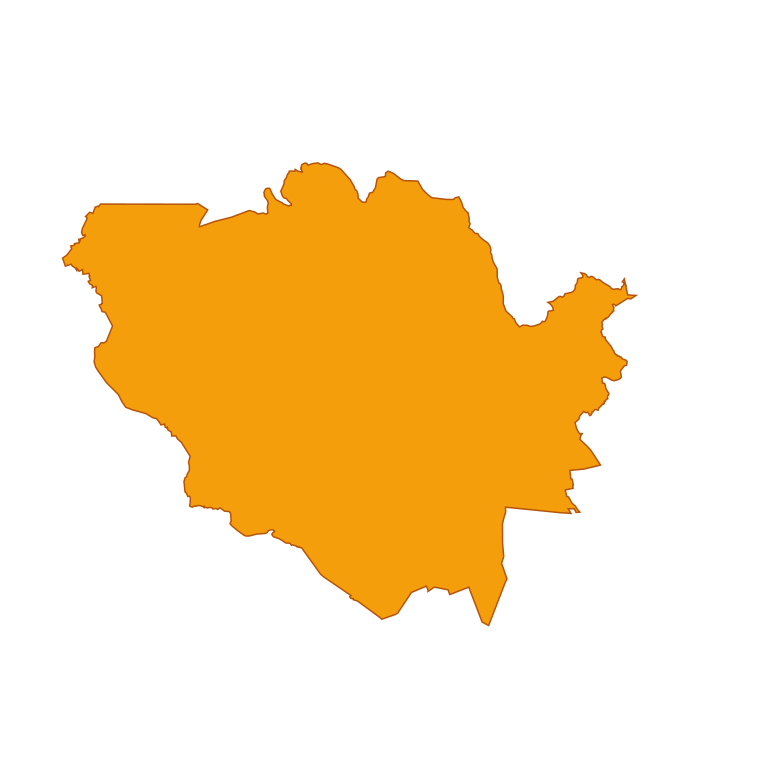 Zacoalco de Torres, Jalisco, Mexico (Robinson projection), rotated 161°
{"feature_id": "50627088B31834230260216", "entity_name": "Zacoalco de Torres", "entity_type": "district", "adm_level": 2, "iso_a3": "MEX", "parent_name": "Mexico", "parent_adm1": "Jalisco", "projection": "robinson", "projection_center": [-103.58, 20.244], "detail": "fine", "context": "isolated", "style": "filled", "palette": "amber", "viewbox_px": 768, "rotation_deg": 161, "n_neighbors": 0, "source": "geoboundaries", "source_scale": "gbopen_adm2", "svg_char_len": 6171}
<svg xmlns="http://www.w3.org/2000/svg" viewBox="0 0 768 768"><g transform="rotate(161 384 384)"><path d="M331.2,159.7L331.2,176.2L327.0,181.8L323.8,194.6L317.6,213.0L314.5,218.0L310.6,223.4L309.2,228.0L259.4,205.0L249.3,200.8L250.5,206.0L244.7,204.1L244.2,200.0L240.5,199.1L241.8,202.0L242.9,206.4L245.1,210.2L246.3,217.1L247.7,218.1L247.3,223.8L246.9,224.8L239.2,223.8L238.7,226.4L237.9,226.8L237.2,231.7L237.4,233.3L238.2,233.6L236.4,241.8L222.8,238.5L205.7,236.9L210.0,253.8L212.2,259.1L216.8,267.8L215.1,270.8L212.8,272.6L213.8,273.0L214.9,272.6L215.8,275.2L216.4,279.4L215.9,285.3L211.0,287.4L209.4,290.0L204.1,293.0L202.6,291.2L200.4,291.0L199.8,287.2L198.8,287.1L197.1,288.3L196.7,289.6L195.5,289.5L193.8,290.9L192.6,291.2L190.1,289.5L188.7,291.4L185.5,292.7L183.9,294.1L183.3,293.4L182.7,293.5L181.9,294.1L181.3,295.9L180.3,295.7L178.9,297.1L177.3,297.2L176.8,299.4L174.5,301.4L175.7,307.8L175.1,310.7L175.3,312.6L175.5,313.1L177.2,313.7L176.1,318.8L173.5,318.9L171.6,318.0L167.0,313.2L165.2,312.1L160.8,311.9L158.4,312.5L157.3,313.4L156.2,319.4L151.1,322.8L148.5,322.8L146.8,326.1L147.7,328.0L150.5,330.1L150.9,332.1L152.4,333.1L152.7,334.0L154.3,334.6L154.3,335.8L155.2,336.3L156.1,339.0L155.8,340.2L156.4,341.3L157.1,345.9L159.9,353.3L159.8,354.2L160.3,354.9L159.5,356.2L161.7,357.7L161.8,360.7L161.5,361.5L161.9,361.8L161.9,362.6L160.5,364.4L159.2,364.7L159.0,368.0L157.9,369.4L158.4,370.3L157.6,371.6L155.2,373.2L154.0,373.2L153.7,373.9L152.9,374.0L152.7,373.5L149.9,374.4L146.6,376.7L144.6,377.3L144.2,378.3L142.9,378.3L142.8,379.6L141.7,381.6L142.3,384.4L141.1,384.9L140.1,384.0L139.4,382.4L125.8,385.6L122.9,384.1L116.9,385.7L124.6,388.9L123.7,396.7L123.0,398.3L123.4,398.4L122.6,405.1L125.4,403.0L124.0,401.3L125.5,399.1L127.5,398.5L129.0,396.2L130.3,396.5L131.7,397.9L136.4,398.9L137.9,400.2L138.8,402.8L143.8,408.5L145.8,411.9L147.2,413.0L149.0,413.3L150.1,414.5L151.1,416.7L152.3,417.9L153.5,418.4L154.9,417.9L156.6,418.9L157.1,421.3L158.3,423.0L161.6,425.0L160.7,421.9L161.3,420.3L163.7,420.1L165.0,420.6L166.6,420.3L168.5,416.7L171.0,415.0L172.2,411.8L174.7,410.1L177.0,409.6L183.4,410.4L185.4,408.4L186.8,407.9L188.8,409.4L190.1,409.7L197.1,407.2L202.4,407.8L200.7,405.5L199.5,401.8L199.8,398.5L205.1,399.3L207.4,394.9L210.7,391.2L212.0,390.7L213.9,391.7L216.7,390.0L223.5,390.0L226.6,390.7L229.5,392.8L233.5,394.5L237.3,393.8L239.5,399.5L239.5,403.0L240.6,404.1L240.9,405.7L244.9,413.3L245.0,415.1L245.1,421.4L242.9,427.1L242.3,430.4L242.1,436.1L241.3,439.0L241.7,441.3L242.5,442.0L242.2,447.9L239.7,455.4L239.7,457.0L240.9,463.1L240.8,468.1L240.0,471.4L240.6,473.4L239.0,476.8L239.0,480.1L239.9,483.4L243.7,488.8L245.8,492.7L246.4,495.7L249.1,496.9L250.4,500.6L253.0,504.2L250.4,507.5L250.7,509.9L249.6,512.6L248.8,518.6L249.7,519.7L251.7,525.0L251.5,530.8L252.4,536.6L256.4,536.8L258.0,535.9L260.2,536.5L265.3,538.4L278.2,544.6L280.9,548.7L284.2,555.4L286.0,564.9L298.8,569.8L301.1,571.8L306.8,580.5L310.8,583.9L313.6,583.1L315.3,579.7L322.0,580.9L323.9,579.9L328.1,572.5L332.2,569.0L335.6,569.2L338.4,565.6L340.2,564.5L341.7,561.8L345.2,562.9L347.9,568.0L346.8,572.2L346.8,574.8L347.0,575.9L348.2,577.9L347.9,580.3L349.4,588.0L354.8,600.9L356.5,603.1L365.6,610.3L368.6,612.1L371.9,611.9L374.3,614.4L376.1,614.9L379.6,615.6L384.6,615.6L385.3,617.9L387.3,618.7L390.0,618.2L390.8,617.7L392.0,615.0L392.1,616.0L392.6,614.4L392.1,612.1L392.3,610.9L396.0,613.2L398.1,615.8L399.1,614.2L402.8,615.8L404.4,616.0L404.8,615.0L407.0,613.6L409.1,610.9L412.0,608.9L413.5,605.6L418.8,599.9L418.9,595.0L417.9,592.4L415.9,591.3L415.3,589.1L413.0,584.6L413.4,583.0L414.8,583.7L415.8,583.2L416.8,583.8L420.5,587.0L421.3,588.4L426.3,593.7L427.8,600.0L428.3,606.1L430.3,607.0L432.4,607.0L435.2,604.3L435.5,601.3L435.8,601.3L435.9,600.0L434.4,595.1L434.8,591.9L436.0,590.7L437.0,588.3L438.2,583.5L440.3,583.1L442.6,585.0L448.0,585.8L450.2,588.8L455.0,591.9L473.8,591.4L490.8,592.8L507.3,592.7L506.6,594.6L503.8,598.2L494.0,606.0L501.5,615.4L503.6,615.3L591.1,645.6L593.4,646.4L596.3,644.7L596.4,645.2L599.5,645.3L603.6,640.1L606.3,642.2L611.7,639.5L610.7,638.2L611.1,636.8L618.2,629.7L620.5,626.1L620.6,622.6L618.1,622.4L618.2,621.2L620.9,620.1L624.2,620.1L624.7,618.6L625.6,619.8L626.1,616.8L630.9,617.5L631.0,616.4L633.0,616.1L635.2,616.5L635.4,613.4L642.2,609.0L646.9,607.7L646.9,599.2L640.8,599.1L640.3,596.9L638.3,594.5L637.5,591.5L636.7,593.2L635.5,589.9L631.8,590.3L632.9,585.8L627.0,584.7L627.0,582.0L627.8,581.9L627.9,577.5L630.2,577.4L630.2,576.8L629.6,574.4L627.6,572.2L628.5,570.0L624.7,570.1L624.6,568.5L626.1,565.8L626.1,563.8L622.3,559.4L624.1,551.9L624.9,552.0L626.0,551.0L627.3,551.6L627.6,550.6L627.0,547.5L627.0,544.3L624.1,542.5L621.8,527.2L632.7,514.6L635.4,514.1L638.2,515.1L641.8,512.4L645.5,512.5L647.3,508.5L648.4,504.1L650.8,499.7L651.1,494.0L650.2,490.0L646.0,475.7L638.6,460.6L637.7,453.6L635.8,446.1L630.3,441.5L618.8,433.6L613.3,427.1L610.5,425.5L609.1,421.8L608.2,417.9L604.5,417.5L605.0,414.7L603.7,413.0L602.9,413.5L603.3,411.0L600.8,407.7L601.6,403.9L597.7,402.7L597.1,399.3L594.6,394.8L590.8,378.8L594.3,373.5L594.6,370.8L595.5,367.3L596.6,365.2L598.9,363.4L601.0,360.5L602.5,360.2L604.9,356.9L607.3,346.6L606.3,345.0L606.1,341.5L604.3,341.1L604.1,339.4L606.0,334.6L607.5,332.0L607.3,331.4L605.3,330.0L602.2,330.3L601.5,329.6L599.4,329.6L597.4,328.8L595.4,327.1L593.8,326.9L594.5,325.9L594.3,325.5L592.1,325.2L591.6,324.4L588.6,323.9L587.0,323.0L586.6,321.6L583.1,320.9L582.1,319.5L579.3,320.3L576.2,315.7L571.8,313.7L571.2,311.7L572.4,306.8L573.2,304.2L575.1,302.0L574.0,299.3L570.2,293.1L565.5,286.5L563.9,285.1L560.6,284.1L553.5,283.6L545.0,281.4L543.2,281.5L540.8,283.0L538.6,283.0L536.2,282.1L535.4,280.2L537.5,279.6L538.8,278.7L539.0,278.0L538.7,276.6L537.8,275.1L533.6,272.0L528.4,265.5L524.9,264.2L524.0,261.6L522.9,261.8L518.1,258.1L518.6,258.0L515.2,255.8L505.8,224.6L504.0,221.5L484.1,194.8L485.7,194.0L485.2,192.1L483.0,191.0L483.3,190.1L479.7,187.4L463.5,164.0L462.8,162.3L448.0,162.4L445.4,163.1L425.9,178.0L409.7,179.1L409.5,174.6L409.9,173.6L402.7,175.5L401.7,175.1L390.4,168.5L390.4,163.5L370.0,164.3L368.7,126.9L363.7,121.6L333.9,157.0L331.2,159.7Z" fill="#f59e0b" stroke="#b45309" stroke-width="1.5"/></g></svg>